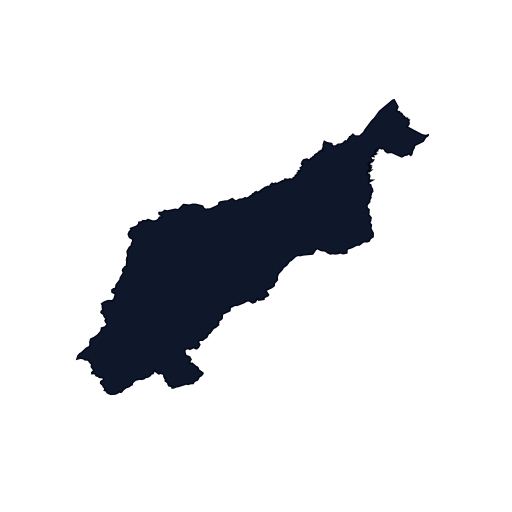 Bellavista, San Martín, Peru (Natural Earth projection), rotated 69°
{"feature_id": "86281439B21945192230195", "entity_name": "Bellavista", "entity_type": "district", "adm_level": 2, "iso_a3": "PER", "parent_name": "Peru", "parent_adm1": "San Martín", "projection": "natural_earth1", "projection_center": [-76.375, -7.551], "detail": "fine", "context": "isolated", "style": "filled", "palette": "ink", "viewbox_px": 512, "rotation_deg": 69, "n_neighbors": 0, "source": "geoboundaries", "source_scale": "gbopen_adm2", "svg_char_len": 6113}
<svg xmlns="http://www.w3.org/2000/svg" viewBox="0 0 512 512"><g transform="rotate(69 256 256)"><path d="M285.7,170.1L282.6,168.7L282.3,168.0L282.5,163.4L281.9,158.0L282.8,155.6L281.4,151.0L281.5,149.4L282.5,147.5L282.7,145.1L280.7,142.9L280.1,139.8L276.6,138.4L271.5,139.0L268.3,137.1L265.7,138.1L264.5,136.6L261.5,134.8L257.9,136.0L253.2,133.8L251.2,134.9L249.4,134.7L247.9,133.7L246.2,130.4L244.4,129.8L242.6,127.6L241.0,127.9L240.4,126.8L238.4,125.5L237.6,123.9L235.0,123.3L233.2,123.8L230.7,123.4L229.2,124.8L227.7,124.8L227.0,120.0L225.8,123.0L224.8,122.9L222.1,121.1L220.3,121.1L219.4,122.3L219.4,123.1L217.1,121.8L216.9,120.7L217.7,120.5L217.1,120.0L217.8,119.7L217.2,117.7L216.9,118.7L215.9,119.3L215.5,118.7L216.0,118.2L215.3,118.0L215.2,117.2L214.4,116.4L213.4,117.2L214.2,118.0L213.6,118.5L212.5,118.0L212.5,116.5L210.9,118.4L210.7,117.5L210.0,117.8L210.1,116.8L209.6,116.3L210.5,115.2L209.4,115.7L209.7,113.5L208.5,111.8L207.8,113.4L204.6,113.7L204.3,112.5L205.5,110.3L203.7,110.1L203.3,109.1L204.0,108.1L203.9,107.4L203.5,108.2L203.4,107.3L202.6,107.1L202.1,108.0L201.7,107.7L202.1,107.1L201.7,106.5L200.0,106.5L200.0,105.5L200.9,106.1L201.4,104.8L200.6,104.7L199.2,101.9L200.7,100.7L201.6,98.2L204.4,97.8L206.7,96.3L207.9,92.2L215.5,84.7L215.8,84.0L215.3,81.4L215.8,78.6L215.2,76.8L217.6,75.4L216.7,74.0L213.7,72.0L211.6,69.5L209.7,68.3L208.8,58.7L206.1,55.3L205.2,52.1L204.6,51.8L204.4,54.4L202.4,57.5L189.5,68.8L189.0,68.8L188.8,67.4L187.9,66.1L186.8,65.4L184.9,65.3L183.9,64.2L183.1,65.2L181.7,65.1L180.8,67.0L179.8,67.3L180.0,67.8L178.9,67.6L178.1,68.4L174.9,69.0L174.1,70.4L172.7,70.3L172.3,71.5L170.5,72.7L167.6,70.0L159.7,71.0L159.5,72.5L165.1,88.8L169.9,96.1L171.1,99.0L177.1,108.7L179.2,111.2L181.2,116.3L179.6,120.5L177.0,121.9L178.2,124.4L178.2,125.9L179.2,126.1L179.3,127.3L181.6,130.1L180.5,131.4L182.0,134.8L181.9,136.9L181.1,139.3L181.8,141.9L181.5,144.1L179.8,145.3L178.2,145.0L175.5,149.4L173.4,151.1L176.0,153.2L178.7,154.3L179.3,155.2L180.2,155.0L180.0,155.5L180.8,155.9L180.8,156.7L181.3,156.5L180.9,157.8L181.4,158.7L180.9,159.3L182.0,161.2L182.5,164.6L183.8,166.0L183.6,167.1L184.4,167.8L184.5,169.9L185.1,170.0L185.4,171.0L185.0,171.8L185.3,172.9L183.7,173.6L183.3,177.0L184.4,179.1L185.3,179.4L185.8,180.4L186.9,180.4L187.6,179.5L189.0,180.9L189.6,183.2L190.9,182.6L191.9,183.6L191.7,185.8L192.6,185.4L193.2,187.7L194.6,188.2L194.8,190.1L195.4,189.8L195.5,190.7L196.3,191.5L196.3,193.2L197.1,193.8L197.4,195.4L196.5,195.9L196.0,197.4L196.4,198.3L194.5,201.3L195.7,202.9L195.7,204.3L195.3,204.3L195.9,209.7L195.6,211.4L194.9,211.7L195.2,213.7L193.8,214.9L194.8,217.1L195.9,217.6L195.6,219.1L195.9,219.5L195.1,220.4L195.5,221.3L195.1,222.4L196.5,228.1L197.4,229.1L196.9,229.6L197.4,231.9L196.1,232.4L196.0,233.9L196.9,235.6L196.8,236.9L197.6,237.6L198.1,240.6L198.5,240.7L198.8,244.3L197.7,245.1L198.0,248.2L197.1,251.1L197.6,255.3L193.9,257.6L194.5,263.2L193.8,264.5L192.7,270.3L193.1,271.6L194.6,272.2L195.2,273.8L195.7,282.4L194.8,284.3L194.9,285.4L193.3,287.5L190.2,288.0L186.3,293.5L185.0,296.7L184.6,300.2L181.9,305.2L185.0,312.0L183.4,314.7L182.2,322.8L180.7,324.9L181.7,327.8L180.6,330.9L181.7,331.5L183.1,330.8L183.7,329.9L185.3,330.3L185.6,331.1L185.2,332.3L186.5,333.6L187.2,335.8L187.2,337.6L186.3,340.1L183.2,343.7L183.6,346.3L182.4,349.2L183.2,350.4L182.5,353.2L184.2,354.2L185.4,356.8L185.3,363.3L186.9,363.1L187.8,365.5L189.9,367.5L193.3,367.5L196.3,365.0L197.9,365.8L199.7,367.6L201.9,369.0L202.4,371.0L205.5,374.7L210.0,375.7L211.7,377.5L212.8,377.4L213.3,378.4L214.7,378.5L219.1,380.7L219.1,382.3L220.6,385.1L221.8,385.9L223.4,385.7L224.6,386.3L227.6,390.4L229.6,391.6L232.6,396.7L236.0,398.9L235.5,400.8L236.1,402.8L238.3,403.4L241.0,400.8L244.9,403.7L246.3,406.0L244.6,410.3L244.6,414.3L245.3,417.3L246.8,417.1L249.7,418.1L251.5,418.1L252.0,420.1L252.9,420.9L253.9,420.7L255.8,419.3L258.3,419.4L260.8,418.4L262.2,420.1L264.3,420.0L265.6,419.2L266.9,419.9L268.2,422.7L267.8,426.0L270.7,427.8L273.1,432.4L274.1,436.5L274.3,440.1L276.9,442.0L279.0,442.5L280.9,443.9L281.3,447.6L283.8,453.7L284.0,455.4L285.2,457.8L288.1,460.2L288.5,456.4L290.3,453.6L291.5,453.1L293.0,450.0L296.4,449.1L297.7,448.1L300.5,449.5L304.2,448.4L305.0,449.0L306.0,451.2L307.1,451.4L307.8,449.0L308.5,448.4L310.5,448.2L312.0,446.2L313.1,445.9L314.9,442.3L317.0,442.5L317.5,445.9L319.1,446.7L321.9,445.3L323.6,445.4L324.3,444.7L326.5,444.8L327.1,445.7L328.2,444.3L330.1,444.0L331.7,442.8L333.1,441.1L334.5,436.7L334.2,433.2L333.5,432.3L334.7,431.4L334.8,430.3L333.3,427.7L332.4,424.6L332.5,420.6L331.7,419.8L331.9,417.9L330.0,416.6L328.7,413.0L329.2,408.7L330.0,407.4L330.5,404.7L329.8,402.7L330.3,400.2L329.8,397.8L328.6,395.9L328.9,394.3L326.5,392.0L331.3,389.0L331.3,387.0L333.0,385.0L334.3,384.7L336.0,385.3L336.7,384.6L337.7,385.1L338.4,384.6L340.2,385.5L343.0,383.5L343.7,384.1L346.0,383.9L347.5,381.4L349.2,381.7L349.7,379.9L349.5,377.6L350.0,375.5L350.5,367.0L351.6,365.2L351.6,363.2L352.5,360.4L351.0,358.4L350.8,354.9L348.3,352.1L348.3,350.5L347.2,348.1L346.3,347.4L341.3,350.6L340.1,350.1L338.6,350.6L337.8,351.6L333.3,353.9L332.9,355.2L331.6,356.4L329.1,353.6L327.6,354.2L326.8,353.9L324.9,355.6L324.5,356.7L323.3,357.1L319.8,356.8L317.8,355.6L318.0,352.4L319.4,351.4L319.2,346.4L320.5,346.0L321.4,344.6L320.6,342.4L318.6,340.2L316.0,340.6L314.9,339.9L314.6,338.5L315.5,335.9L314.4,332.7L314.4,331.3L311.4,328.1L311.6,326.7L308.3,321.7L308.1,319.1L306.9,315.6L305.2,315.2L304.6,314.5L303.3,314.5L302.8,311.3L302.0,309.9L298.3,308.2L297.8,300.0L294.6,298.4L294.9,297.1L294.4,293.8L295.3,291.2L295.3,284.4L294.7,280.5L295.4,278.5L298.7,275.9L298.6,272.9L296.3,270.4L298.2,269.3L299.3,264.1L297.7,263.3L297.4,259.0L296.8,258.2L292.1,259.2L291.6,258.7L291.2,252.9L290.3,249.7L288.1,248.7L286.0,244.6L283.1,243.7L280.6,241.6L278.0,236.3L276.6,234.7L275.5,230.6L272.7,226.3L272.8,225.0L270.5,219.1L270.4,216.8L271.5,214.5L271.9,211.5L274.5,202.3L271.6,198.2L270.9,196.3L274.2,193.2L276.2,189.4L278.5,188.1L280.8,185.8L281.1,183.7L282.6,180.9L283.3,177.4L283.2,176.9L282.3,176.7L284.4,174.9L285.2,173.5L285.7,170.1Z" fill="#0f172a" stroke="#020617" stroke-width="1.5"/></g></svg>